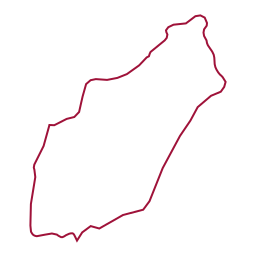 outline of Nabeul
{"feature_id": "TUN-107", "entity_name": "Nabeul", "entity_type": "Governorate", "adm_level": 1, "iso_a3": "TUN", "parent_name": "Tunisia", "parent_adm1": "", "projection": "mercator", "projection_center": [10.722, 36.719], "detail": "fine", "context": "isolated", "style": "outline", "palette": "rose", "viewbox_px": 256, "rotation_deg": 0, "n_neighbors": 0, "source": "natural_earth", "source_scale": "10m", "svg_char_len": 1153}
<svg xmlns="http://www.w3.org/2000/svg" viewBox="0 0 256 256"><path d="M49.4,125.0L54.3,125.2L66.7,118.9L74.3,117.0L79.1,112.0L81.0,103.5L82.6,96.5L86.1,84.1L90.6,80.2L95.8,79.1L107.1,79.9L117.4,77.9L126.9,74.1L139.1,65.4L146.7,57.4L148.9,56.3L149.8,53.5L150.6,51.9L164.7,40.4L166.7,37.9L167.4,34.5L166.4,32.3L166.0,30.3L168.3,27.2L173.5,24.7L185.9,23.4L195.4,16.2L200.4,15.4L204.7,17.6L207.0,23.0L206.7,25.7L204.1,29.3L203.5,32.6L204.1,36.0L206.5,40.4L207.0,43.1L207.9,45.3L212.2,51.6L213.7,54.7L214.3,57.7L214.7,64.2L215.4,67.2L216.5,69.6L218.2,72.4L220.0,74.6L221.2,75.6L222.7,77.2L225.6,81.9L224.2,86.9L220.8,91.7L211.0,95.8L197.7,107.1L190.4,120.6L180.0,135.9L162.7,168.1L149.5,201.2L143.2,209.7L123.0,215.0L99.3,228.5L90.7,226.1L82.2,232.4L77.0,240.6L75.7,237.9L74.3,235.1L73.9,234.4L73.4,233.9L72.6,233.3L71.1,233.3L69.3,233.7L66.0,235.2L64.3,236.3L62.6,237.1L61.0,237.1L58.5,235.8L56.9,234.6L51.9,233.5L44.8,234.7L36.8,236.2L35.3,235.9L34.5,235.6L33.4,235.0L32.5,234.1L31.7,232.9L31.0,231.7L30.4,225.5L30.9,204.0L35.3,177.1L34.4,169.8L33.8,167.6L34.3,164.6L43.6,146.0L49.0,126.6L49.4,125.0Z" fill="none" stroke="#9f1239" stroke-width="2"/></svg>